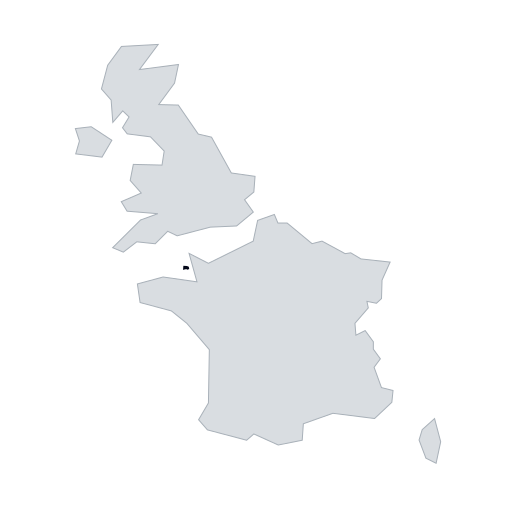 Jersey highlighted among its neighbors, rotated 357°
{"feature_id": "JEY", "entity_name": "Jersey", "entity_type": "country or territory", "adm_level": 0, "iso_a3": "JEY", "parent_name": "Europe", "parent_adm1": "", "projection": "equal_earth", "projection_center": [-2.1, 49.218], "detail": "fine", "context": "with_neighbors", "style": "filled", "palette": "ink", "viewbox_px": 512, "rotation_deg": 357, "n_neighbors": 2, "source": "natural_earth", "source_scale": "50m", "svg_char_len": 1604}
<svg xmlns="http://www.w3.org/2000/svg" viewBox="0 0 512 512"><g transform="rotate(357 256 256)"><path d="M350.8,257.8L360.6,264.4L389.6,269.1L380.6,286.7L379.1,305.1L373.8,309.5L364.4,307.1L365.4,313.7L351.3,328.4L351.6,340.3L361.1,336.2L368.7,347.8L368.3,355.2L374.8,365.2L368.1,373.3L374.4,394.0L385.8,397.5L384.0,409.2L365.9,424.5L324.5,417.1L294.5,426.0L292.5,442.4L268.3,445.9L244.5,433.6L237.0,439.5L198.4,427.1L190.1,416.5L200.8,400.3L204.5,347.1L183.4,319.6L168.6,306.4L137.8,296.4L136.1,277.7L162.1,272.1L195.7,278.7L189.3,249.9L208.1,260.8L254.0,241.0L259.5,220.5L276.5,215.5L279.6,224.2L288.8,224.7L312.6,246.6L322.7,244.6L345.1,258.3L350.8,257.8ZM412.9,438.1L425.8,427.7L430.7,451.2L425.0,472.4L415.1,466.8L409.2,448.3L412.9,438.1Z" fill="#d9dde1" stroke="#a8b0b8" stroke-width="1"/><path d="M107.4,149.2L81.3,144.6L85.7,131.9L82.3,119.3L98.2,118.3L118.1,132.9L107.4,149.2ZM166.9,160.3L169.8,146.4L156.9,131.5L133.8,127.3L129.4,120.9L136.5,110.5L130.5,104.1L120.0,115.1L119.5,92.7L110.4,81.1L117.9,57.7L132.6,39.7L169.4,39.6L149.4,63.7L188.6,60.7L183.7,79.1L166.8,99.7L186.3,101.2L204.7,131.2L217.8,135.0L235.7,171.8L259.2,176.4L257.2,192.0L247.5,199.2L255.6,212.0L238.2,225.0L211.8,224.8L178.3,231.7L169.1,226.7L156.0,238.5L137.7,235.6L123.7,245.2L113.3,240.2L142.6,214.0L160.2,208.6L129.6,204.5L124.3,194.7L144.7,187.1L134.3,174.0L138.3,158.1L166.9,160.3Z" fill="#d9dde1" stroke="#a8b0b8" stroke-width="1"/><path d="M187.6,263.7L187.8,265.0L186.9,265.3L186.2,264.8L184.7,264.8L183.3,265.1L183.6,262.8L186.3,263.1L187.6,263.7Z" fill="#0f172a" stroke="#020617" stroke-width="1.5"/></g></svg>